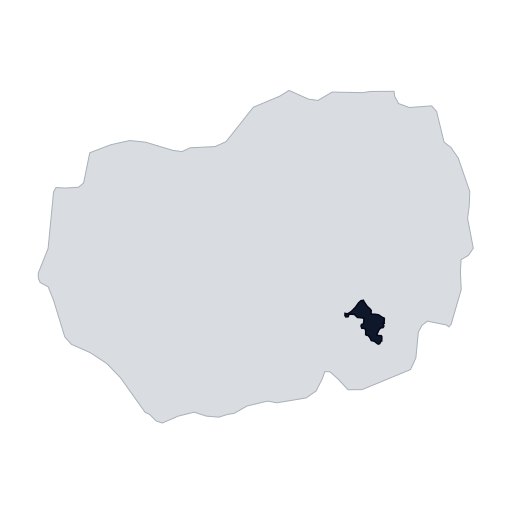 where Brvenica sits in North Macedonia, rotated 183°
{"feature_id": "MKD-2961", "entity_name": "Brvenica", "entity_type": "Statistical Region", "adm_level": 1, "iso_a3": "MKD", "parent_name": "North Macedonia", "parent_adm1": "", "projection": "albers", "projection_center": [21.041, 41.872], "detail": "fine", "context": "in_parent", "style": "filled", "palette": "ink", "viewbox_px": 512, "rotation_deg": 183, "n_neighbors": 0, "source": "natural_earth", "source_scale": "10m", "svg_char_len": 2146}
<svg xmlns="http://www.w3.org/2000/svg" viewBox="0 0 512 512"><g transform="rotate(183 256 256)"><path d="M227.6,110.5L236.9,111.7L257.2,105.7L269.8,97.6L276.2,96.3L284.7,93.1L297.1,93.5L309.6,96.8L325.4,92.0L340.9,84.3L347.2,86.1L354.0,92.3L358.5,94.0L385.0,127.4L399.4,140.8L416.4,150.8L435.7,158.1L442.7,165.2L455.7,200.8L461.9,214.3L470.1,218.2L472.1,222.1L472.6,227.3L464.0,252.7L461.5,309.4L459.3,313.9L449.6,313.9L436.8,315.4L432.0,319.9L427.4,350.4L406.9,359.5L388.2,364.7L372.3,363.9L344.4,357.1L335.3,356.4L327.5,360.6L302.7,363.1L291.9,368.6L266.5,404.4L240.6,416.9L231.7,423.1L211.8,415.4L202.3,414.6L188.5,423.7L158.3,424.7L150.1,426.3L126.8,427.7L125.9,422.8L121.6,415.7L110.7,412.3L88.5,415.1L83.2,409.8L74.2,379.6L67.1,374.7L59.2,364.5L45.9,331.6L45.7,317.2L46.7,304.6L39.4,275.1L44.0,267.7L51.0,263.1L51.1,251.2L49.3,233.2L57.6,197.9L59.8,195.3L61.9,197.0L81.5,199.9L86.6,195.5L89.9,188.5L91.0,162.7L95.7,150.7L143.2,128.1L157.1,127.2L167.8,137.6L176.2,144.3L181.3,144.1L183.2,137.3L188.9,124.4L198.5,116.9L227.3,110.5L227.6,110.5Z" fill="#d9dde1" stroke="#a8b0b8" stroke-width="1"/><path d="M136.5,177.6L137.0,178.7L138.1,180.6L140.1,182.6L141.5,182.7L142.4,183.2L142.4,185.2L142.8,188.5L144.4,189.4L145.6,189.4L146.6,189.4L147.4,191.4L147.4,192.2L147.0,193.2L145.5,193.5L145.0,195.2L144.9,197.5L145.0,199.4L146.7,199.7L149.3,199.9L151.4,199.9L153.5,201.7L154.6,202.8L156.6,202.8L158.8,202.8L160.1,202.6L160.4,201.5L160.7,200.3L162.0,199.9L163.2,199.9L164.1,201.2L164.1,203.4L163.4,203.2L161.2,203.2L157.9,205.6L154.0,210.0L151.1,214.6L148.8,216.9L146.4,217.4L145.7,216.0L144.2,214.0L142.4,211.6L139.3,209.1L138.0,207.5L138.2,205.8L137.8,204.0L136.7,204.0L134.1,204.1L130.5,203.7L126.9,201.5L125.6,201.0L124.6,200.6L124.5,199.1L124.6,196.5L124.4,195.6L125.3,195.6L125.6,195.6L125.3,194.6L124.8,193.4L124.7,192.3L125.5,191.1L127.3,190.8L128.5,189.9L129.6,188.2L130.3,186.1L130.9,184.9L131.0,183.2L129.1,183.0L126.8,183.0L126.1,182.0L126.0,178.7L126.0,177.7L126.7,177.7L127.0,176.8L127.9,175.0L128.9,174.4L129.9,174.6L131.3,175.6L133.4,177.1L134.8,177.3L136.5,177.6Z" fill="#0f172a" stroke="#020617" stroke-width="1.5"/></g></svg>